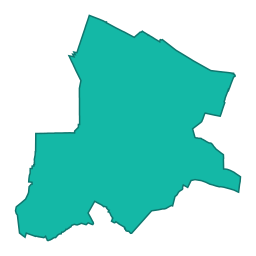 Pajacuarán, Michoacán, Mexico
{"feature_id": "50627088B74938552540621", "entity_name": "Pajacuarán", "entity_type": "district", "adm_level": 2, "iso_a3": "MEX", "parent_name": "Mexico", "parent_adm1": "Michoacán", "projection": "natural_earth1", "projection_center": [-102.531, 20.15], "detail": "fine", "context": "isolated", "style": "filled", "palette": "teal", "viewbox_px": 256, "rotation_deg": 0, "n_neighbors": 0, "source": "geoboundaries", "source_scale": "gbopen_adm2", "svg_char_len": 5163}
<svg xmlns="http://www.w3.org/2000/svg" viewBox="0 0 256 256"><path d="M128.7,231.2L130.6,233.3L131.7,233.2L132.3,232.5L151.6,210.8L158.4,209.8L160.8,209.3L162.7,208.9L164.3,208.9L165.9,208.5L169.2,206.6L171.3,205.5L172.6,205.9L175.0,196.5L176.2,195.6L177.1,194.7L177.6,193.8L178.4,192.4L179.2,191.5L180.0,190.9L181.1,190.2L182.1,189.6L182.7,188.8L182.5,187.6L182.8,186.7L183.2,185.3L183.3,185.0L187.7,187.4L188.1,186.6L190.9,180.9L191.0,180.5L195.0,179.6L201.4,180.6L205.8,182.2L209.9,184.2L212.4,184.8L216.1,186.0L219.3,186.8L220.8,186.7L222.7,187.0L223.9,187.2L230.5,189.0L234.1,190.1L237.8,191.9L238.6,192.2L239.6,184.1L240.1,181.7L240.5,176.8L238.8,175.6L236.5,174.1L234.0,172.3L232.2,171.4L230.4,170.5L228.6,169.8L227.0,169.3L225.5,169.1L223.6,169.0L223.6,168.1L223.4,159.2L223.6,158.4L223.4,154.7L222.6,154.1L221.6,153.4L216.0,149.1L214.4,147.1L213.9,146.7L213.2,145.6L212.3,144.3L210.9,143.1L209.5,143.0L208.5,142.7L207.8,142.3L206.4,141.6L205.2,140.8L203.1,139.6L202.5,139.3L201.9,139.1L201.6,138.9L201.4,138.6L201.1,138.4L199.3,138.3L198.9,138.3L198.3,138.3L197.1,137.9L196.4,138.0L195.0,137.5L193.9,133.6L192.6,128.8L194.1,127.6L200.6,122.6L201.7,121.6L202.5,119.6L202.7,119.3L203.2,117.9L204.2,115.0L204.9,113.3L205.2,113.1L214.5,115.1L220.2,116.2L221.1,113.7L221.6,112.2L222.7,108.7L224.2,104.3L224.8,102.7L224.1,101.9L224.3,101.1L225.0,99.2L225.0,98.9L225.0,98.6L225.6,96.8L227.8,91.1L228.3,89.6L228.6,90.2L229.9,86.9L230.7,84.6L230.8,84.3L230.9,84.0L233.0,78.6L233.6,77.1L235.0,76.3L235.2,76.0L235.1,75.7L234.1,74.6L234.4,74.5L233.5,73.5L233.5,73.3L233.3,73.3L233.2,73.6L232.4,73.6L232.5,73.2L228.4,72.6L223.6,72.1L220.0,71.7L210.9,70.6L210.1,70.2L209.7,70.0L202.2,65.8L192.4,60.3L192.2,60.1L181.7,53.7L177.2,51.0L176.2,50.4L175.4,49.8L162.3,39.6L161.9,39.8L161.5,40.0L161.2,40.0L160.3,39.6L160.2,39.7L160.1,40.0L159.7,41.7L159.7,41.8L157.5,40.5L155.3,39.2L153.1,37.8L153.0,37.7L151.0,36.5L150.9,36.5L149.0,35.3L148.8,35.3L148.9,35.2L148.5,35.0L146.6,33.9L144.5,32.6L144.4,32.6L142.4,31.3L142.3,31.2L141.2,32.2L140.2,32.1L138.3,33.8L135.0,36.6L134.5,37.2L134.3,37.4L129.4,34.8L124.2,32.0L122.6,31.3L118.5,29.2L115.9,27.9L106.3,22.7L106.5,22.0L106.3,21.9L106.1,22.5L105.9,22.3L105.7,22.2L104.0,21.3L103.3,20.9L99.2,19.2L90.1,15.7L89.3,15.4L89.2,15.7L88.9,16.6L88.4,18.2L87.7,20.3L86.9,22.6L86.7,23.3L86.1,24.9L85.4,27.1L84.7,29.4L83.9,31.7L83.2,33.8L83.1,34.0L82.4,36.2L81.7,38.2L81.0,40.3L80.3,42.4L80.2,42.8L79.5,44.8L78.7,47.1L78.5,47.8L76.9,52.7L76.4,52.6L73.9,52.1L75.2,54.6L72.7,54.2L72.8,54.4L73.4,55.5L74.0,56.8L71.5,56.3L69.0,55.8L70.2,58.3L71.3,60.7L71.5,61.2L72.6,63.3L73.7,65.7L73.8,66.0L74.9,68.2L75.4,69.4L76.0,70.7L77.2,73.1L77.3,73.3L78.6,75.9L79.8,78.3L80.9,80.5L80.9,80.8L80.0,85.2L79.6,87.4L79.4,88.1L79.4,90.1L79.4,91.5L79.4,92.9L79.4,94.3L79.4,94.6L79.4,95.7L79.4,97.1L79.5,98.4L79.5,99.8L79.5,101.1L79.5,102.5L79.5,103.8L79.5,105.2L79.5,108.0L79.5,109.4L79.5,110.8L79.5,112.1L79.5,113.5L79.5,114.8L79.6,116.2L79.6,117.6L79.6,119.0L79.6,120.4L79.6,121.7L79.6,124.5L78.4,124.5L78.4,127.3L77.2,128.5L74.7,131.0L74.6,131.7L74.6,132.5L74.6,132.9L72.2,132.9L71.9,132.9L69.7,132.8L67.2,132.9L64.7,132.9L62.3,133.0L62.2,133.0L59.8,133.0L57.4,133.0L54.8,133.0L54.5,133.2L52.4,133.2L51.2,133.2L47.6,133.2L47.3,133.3L43.3,133.4L35.8,133.5L35.6,151.7L35.3,151.7L35.2,154.4L35.1,155.3L34.3,159.4L34.4,160.8L34.5,162.0L34.3,162.4L34.5,164.4L33.8,164.5L33.9,165.9L32.1,166.1L32.1,166.6L32.1,167.5L32.1,167.8L32.1,168.5L30.2,168.6L30.2,169.0L30.2,170.4L30.1,170.8L30.2,171.7L30.1,173.5L29.6,174.7L29.4,175.4L29.0,178.2L28.9,179.3L28.7,181.9L30.2,182.0L32.0,182.3L32.1,184.1L31.2,184.3L29.1,186.7L28.6,192.4L28.3,193.2L27.9,194.3L25.6,199.1L21.3,202.8L17.2,206.1L16.4,206.7L16.2,207.2L15.5,210.8L16.3,213.6L17.4,215.0L19.4,231.9L19.5,232.9L19.5,233.0L22.9,235.7L23.0,235.7L23.2,235.9L24.9,237.1L25.0,237.2L26.3,233.1L32.8,235.4L35.5,236.4L35.9,236.1L38.7,236.8L38.7,236.6L40.7,237.1L42.2,237.3L42.3,237.4L43.2,237.5L43.4,237.6L43.5,237.5L44.0,237.6L45.6,236.3L46.2,238.0L47.0,239.3L47.2,240.0L47.3,240.3L48.0,240.6L48.4,240.5L49.1,240.2L49.4,240.0L50.0,240.0L51.1,239.4L52.0,239.0L52.5,238.5L54.2,237.6L55.6,237.6L57.8,235.0L59.3,234.0L61.2,233.8L61.4,232.8L61.7,232.2L62.3,232.2L63.0,232.1L65.6,230.3L65.9,229.3L66.9,229.4L68.0,228.5L68.8,228.4L69.3,227.4L70.1,227.2L70.9,226.8L71.6,225.4L74.3,224.3L76.2,224.8L77.3,224.9L79.5,224.1L81.2,223.3L82.5,223.6L86.1,224.7L88.2,222.8L90.0,223.6L92.2,224.5L92.8,224.5L93.4,223.6L93.3,222.9L93.1,222.1L92.7,221.6L90.5,217.4L89.2,215.1L88.1,213.0L88.9,211.5L91.4,207.1L94.7,201.3L98.3,203.2L101.6,204.9L103.8,206.7L104.3,206.4L105.1,206.6L106.7,207.2L106.6,207.9L106.6,208.0L106.8,208.3L107.3,208.9L107.9,209.5L108.4,210.1L108.8,210.4L109.0,210.4L108.2,211.8L108.6,211.9L108.9,211.8L109.3,212.5L109.5,212.6L110.1,213.3L110.8,215.1L111.9,216.9L112.6,217.6L112.4,218.2L112.7,218.4L111.7,220.7L111.6,220.9L111.5,221.2L114.3,222.8L115.3,222.5L115.9,221.7L116.9,222.4L117.5,222.8L117.8,223.0L119.2,224.1L123.5,226.6L124.6,227.3L124.7,227.5L124.3,227.4L124.8,229.0L125.3,229.4L125.5,229.4L125.7,229.8L125.8,230.5L126.0,230.7L127.2,231.2L128.7,231.2Z" fill="#14b8a6" stroke="#0f766e" stroke-width="1.5"/></svg>